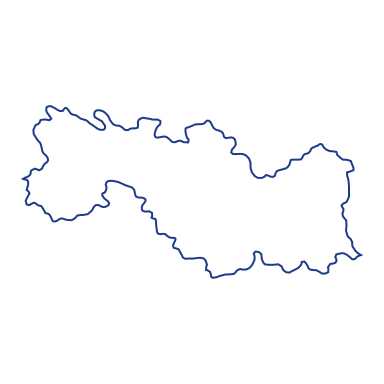 Masty, Grodno, Belarus (orthographic projection)
{"feature_id": "67162791B96733958179229", "entity_name": "Masty", "entity_type": "district", "adm_level": 2, "iso_a3": "BLR", "parent_name": "Belarus", "parent_adm1": "Grodno", "projection": "orthographic", "projection_center": [24.533, 53.402], "detail": "fine", "context": "isolated", "style": "outline", "palette": "blue", "viewbox_px": 384, "rotation_deg": 0, "n_neighbors": 0, "source": "geoboundaries", "source_scale": "gbopen_adm2", "svg_char_len": 5732}
<svg xmlns="http://www.w3.org/2000/svg" viewBox="0 0 384 384"><path d="M23.0,178.9L23.8,179.3L25.4,179.4L27.6,180.5L28.2,182.4L28.1,185.3L27.3,187.5L26.7,189.9L28.2,191.2L29.5,193.3L27.8,196.5L26.5,198.9L25.7,201.0L26.7,204.5L29.5,205.1L32.0,203.5L34.2,202.7L36.3,203.9L38.5,205.5L41.1,206.0L42.5,207.8L44.4,210.9L45.3,213.1L47.9,213.6L49.5,214.7L50.8,216.9L51.6,218.7L52.5,220.7L53.6,221.5L55.6,221.3L57.2,220.7L58.6,219.6L60.1,218.8L62.2,218.4L64.6,219.2L66.0,219.7L68.5,220.0L70.7,220.2L72.1,220.0L74.9,218.3L76.4,216.6L77.3,215.5L80.4,215.1L83.3,214.9L87.6,214.2L90.5,211.8L92.2,210.2L93.6,207.3L95.3,205.4L97.3,204.9L99.5,205.4L101.2,206.5L103.0,207.0L105.7,206.8L108.5,205.2L109.1,203.4L108.0,201.3L105.8,199.7L103.6,197.6L102.3,195.4L102.2,194.0L103.2,193.0L104.7,192.6L106.2,189.9L106.5,187.1L105.7,184.8L106.3,182.6L107.8,181.2L110.6,180.8L113.1,180.9L115.5,181.4L118.1,182.0L121.9,183.6L125.4,185.2L128.7,186.4L130.4,186.8L132.5,187.9L134.3,190.1L134.6,191.7L135.3,194.9L136.1,196.6L138.1,197.5L140.3,197.5L142.8,197.8L145.3,199.1L145.6,200.9L143.9,203.4L142.3,205.5L141.8,207.4L142.0,209.9L143.2,211.1L145.1,211.5L147.6,211.5L149.3,211.3L152.0,212.9L152.2,215.6L151.5,217.7L153.3,218.5L155.4,219.0L156.1,221.6L156.1,223.8L156.3,226.5L156.7,229.5L157.1,232.1L158.0,233.6L160.1,234.2L163.4,233.8L165.4,234.1L166.6,235.5L169.3,237.4L172.4,237.9L174.6,237.9L175.5,238.7L175.2,240.5L173.7,243.6L173.0,245.8L173.7,247.8L175.8,248.3L178.8,249.4L179.5,250.9L180.7,253.2L181.8,255.1L183.0,257.6L185.3,258.8L189.5,258.5L193.5,258.5L197.9,257.9L201.2,257.9L204.0,258.6L205.8,260.9L206.4,263.0L207.0,264.5L206.3,266.3L206.2,268.6L206.0,270.1L207.3,270.2L209.9,271.7L210.8,274.0L211.2,276.7L212.7,277.8L216.6,277.2L219.3,276.1L222.3,275.3L225.2,274.5L229.1,274.4L233.4,274.0L234.7,273.3L236.9,270.5L240.0,269.0L242.9,269.6L246.1,269.5L248.5,268.5L250.1,267.4L252.2,264.8L253.4,262.4L254.4,260.2L254.6,258.3L254.5,255.9L253.7,253.5L255.7,251.5L259.0,252.1L261.4,254.3L261.6,257.0L262.0,259.8L263.4,262.6L264.6,264.2L268.1,264.8L273.4,264.8L278.3,264.3L281.7,266.4L282.7,268.8L283.3,270.1L286.1,272.2L289.2,272.6L291.5,271.4L293.9,270.2L296.2,269.0L298.2,268.0L300.3,265.8L301.4,264.2L301.7,261.9L304.3,261.5L306.0,263.3L307.9,266.4L308.4,268.2L310.2,269.6L313.6,270.1L316.0,270.1L319.5,271.9L322.1,273.6L325.5,273.5L328.2,272.2L328.4,269.2L328.0,267.1L330.4,263.8L332.6,263.7L335.1,262.9L336.5,261.1L336.3,259.2L335.3,257.1L336.4,254.3L341.6,253.2L343.8,253.3L347.1,254.9L349.7,257.0L352.3,259.3L354.7,259.1L356.4,257.4L358.1,256.1L361.0,255.0L358.5,253.6L355.7,251.2L352.4,246.3L352.1,241.9L350.7,239.1L347.7,236.4L346.0,230.4L346.5,225.7L346.2,220.3L344.4,218.3L343.1,216.5L342.4,213.9L343.3,211.0L343.5,209.0L342.4,207.4L341.5,205.5L343.3,203.5L346.3,202.2L347.6,200.0L349.0,196.7L349.0,191.8L349.0,186.3L348.4,179.8L347.3,176.2L347.0,172.4L349.7,171.6L353.5,170.2L353.5,168.0L351.8,163.6L350.7,160.9L346.9,159.8L342.8,159.6L340.3,157.7L337.3,155.0L336.4,151.9L332.0,151.2L331.0,151.2L329.8,151.1L327.8,150.3L326.4,149.7L324.6,148.3L323.6,147.2L322.4,144.9L321.3,144.0L319.3,144.3L317.8,145.6L315.6,146.4L314.0,147.1L312.5,147.7L311.1,148.9L310.5,150.7L308.5,153.0L307.2,153.5L304.6,154.2L303.4,155.4L302.2,157.9L301.1,159.4L297.5,159.7L293.4,159.6L290.9,159.9L290.1,162.2L289.3,165.0L287.6,167.1L286.1,168.3L282.6,169.3L277.3,170.8L275.7,172.7L275.0,175.7L273.0,176.9L270.3,176.6L268.2,175.5L265.9,175.1L264.5,176.7L262.2,177.8L258.6,178.0L256.8,177.4L254.4,175.7L253.1,174.0L251.9,172.3L250.7,168.6L250.5,165.7L250.5,162.7L249.0,158.5L247.4,156.9L246.0,155.4L242.6,154.0L238.9,153.9L235.9,154.1L232.8,154.0L231.2,152.5L232.0,149.5L234.1,147.3L235.8,144.6L235.5,141.7L235.0,139.6L233.1,137.8L230.8,137.4L227.8,137.9L225.8,138.1L224.6,137.3L223.9,136.6L223.6,135.2L223.0,133.3L221.7,131.8L219.9,131.0L218.2,130.3L216.7,130.0L215.0,129.1L213.6,127.9L212.6,126.3L211.8,124.6L210.6,122.3L209.1,120.8L207.0,120.6L205.5,122.1L204.3,123.4L201.5,124.2L198.4,124.2L195.3,124.4L188.8,127.2L186.5,127.8L185.6,128.6L185.4,131.0L186.2,135.2L187.0,137.7L188.6,139.6L188.2,142.4L183.8,142.2L180.4,140.7L177.9,141.0L175.2,142.2L173.5,142.2L172.4,142.0L170.5,140.4L169.4,139.1L167.1,137.4L165.1,136.5L162.6,136.7L159.9,137.2L157.3,137.7L155.4,137.0L154.6,134.9L154.9,132.8L155.4,130.9L156.6,128.1L158.3,125.8L160.0,124.6L160.5,122.3L160.3,120.9L157.6,119.6L155.7,119.6L152.7,119.6L150.5,119.1L149.3,118.7L147.2,118.5L143.7,117.9L142.7,117.7L139.2,119.4L138.5,120.3L137.8,122.5L138.1,124.4L137.8,127.6L135.3,128.3L132.4,128.3L130.2,128.8L128.1,130.0L126.0,130.1L124.6,129.7L122.7,127.8L121.0,126.6L119.0,125.7L116.7,125.7L114.3,124.8L112.7,123.8L111.1,121.5L110.2,120.4L109.4,118.7L109.0,117.7L108.3,116.2L106.7,114.3L104.8,112.5L102.9,111.2L99.2,110.2L97.2,110.3L95.7,110.9L94.5,112.3L94.2,114.6L94.6,116.9L95.8,117.8L98.3,119.2L99.3,119.8L102.1,121.4L103.5,123.6L105.1,125.8L105.0,128.3L103.7,129.7L100.9,129.9L98.0,129.0L96.0,127.6L93.4,125.8L91.8,124.6L90.2,123.7L88.7,122.4L87.4,121.1L85.8,120.1L84.3,119.7L82.1,119.1L80.6,118.5L79.3,117.7L78.0,116.6L75.8,115.3L73.4,114.7L72.2,114.4L70.9,113.6L69.8,112.3L68.8,110.6L66.7,108.2L65.3,107.9L63.9,109.1L63.0,110.7L61.7,111.1L60.0,111.0L58.1,110.2L56.6,109.3L54.8,108.1L52.8,107.2L51.1,106.2L48.8,106.2L46.5,107.3L46.2,110.4L46.9,112.4L49.2,115.5L51.3,118.7L49.5,120.2L45.3,119.5L43.9,119.5L40.5,120.1L39.5,122.7L38.2,124.0L35.8,124.9L34.8,126.7L33.4,129.9L33.7,134.0L34.9,135.9L36.6,138.7L37.8,140.4L40.2,143.0L41.1,145.4L41.8,148.6L42.4,151.4L43.7,153.5L46.1,155.6L47.7,158.0L48.1,160.2L47.2,162.0L44.4,164.1L42.8,166.7L41.9,168.8L39.0,170.3L36.7,169.2L34.8,168.7L31.3,170.4L30.7,171.9L30.5,174.2L29.5,175.4L27.2,177.1L25.3,177.6L23.0,178.9Z" fill="none" stroke="#1e3a8a" stroke-width="2"/></svg>